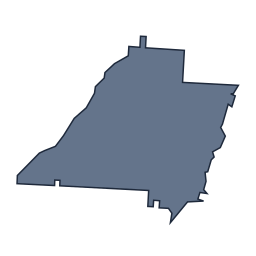 outline of Appling, Georgia, United States of America, rotated 93°
{"feature_id": "52423323B88346706041941", "entity_name": "Appling", "entity_type": "district", "adm_level": 2, "iso_a3": "USA", "parent_name": "United States of America", "parent_adm1": "Georgia", "projection": "robinson", "projection_center": [-82.264, 31.719], "detail": "fine", "context": "isolated", "style": "filled", "palette": "slate", "viewbox_px": 256, "rotation_deg": 93, "n_neighbors": 0, "source": "geoboundaries", "source_scale": "gbopen_adm2", "svg_char_len": 816}
<svg xmlns="http://www.w3.org/2000/svg" viewBox="0 0 256 256"><g transform="rotate(93 128 128)"><path d="M220.3,80.7L198.7,64.7L197.0,48.7L195.3,54.5L188.6,52.8L189.3,45.7L185.6,49.2L177.2,47.3L168.2,48.7L167.5,46.1L155.4,43.2L152.5,40.5L147.4,42.3L142.7,34.8L131.0,30.4L122.6,35.5L119.3,33.9L99.0,29.2L101.4,25.4L90.3,22.6L88.5,27.3L88.2,24.6L79.6,20.0L79.6,75.9L47.5,75.8L47.0,114.7L35.7,114.7L35.7,120.3L46.8,120.3L46.5,131.4L55.9,131.5L64.4,144.8L73.8,153.9L79.4,154.4L88.4,162.7L95.1,163.3L110.0,170.7L121.2,182.2L139.0,192.0L150.1,199.5L154.9,210.0L157.7,215.2L181.2,236.0L189.4,235.9L189.3,198.3L183.8,198.4L183.8,193.2L189.3,193.1L189.3,110.8L189.3,104.1L205.3,104.1L205.3,98.7L198.8,98.6L199.0,92.6L206.1,92.7L206.1,83.4L210.8,79.7L220.3,80.7Z" fill="#64748b" stroke="#1e293b" stroke-width="1.5"/></g></svg>